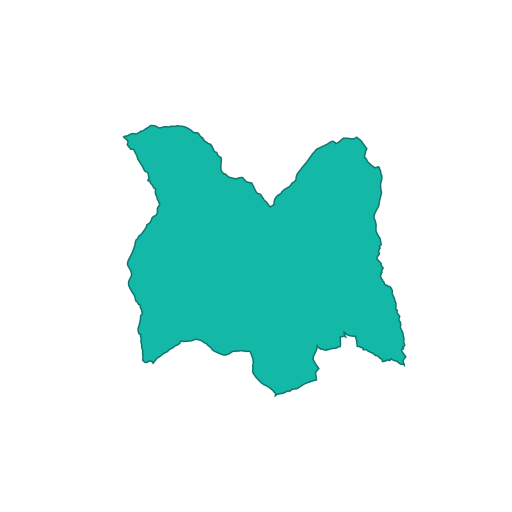 outline of San Pedro De Cartago, Nariño, Colombia, rotated 328°
{"feature_id": "7082276B73573713575428", "entity_name": "San Pedro De Cartago", "entity_type": "district", "adm_level": 2, "iso_a3": "COL", "parent_name": "Colombia", "parent_adm1": "Nariño", "projection": "mercator", "projection_center": [-77.1, 1.539], "detail": "fine", "context": "isolated", "style": "filled", "palette": "teal", "viewbox_px": 512, "rotation_deg": 328, "n_neighbors": 0, "source": "geoboundaries", "source_scale": "gbopen_adm2", "svg_char_len": 6132}
<svg xmlns="http://www.w3.org/2000/svg" viewBox="0 0 512 512"><g transform="rotate(328 256 256)"><path d="M323.9,427.1L324.5,425.7L324.5,424.1L325.2,422.9L326.5,421.9L328.1,421.3L329.3,421.2L329.6,420.6L329.2,415.3L329.2,414.1L329.7,412.7L330.3,412.5L331.8,412.9L332.1,412.7L332.0,411.1L332.2,410.8L333.4,411.1L334.0,411.0L334.6,410.6L335.1,409.9L335.3,407.7L337.4,405.0L340.0,398.4L340.3,393.7L340.9,392.5L342.7,390.6L342.9,389.3L343.4,388.6L343.1,386.5L343.7,385.4L345.9,383.3L345.5,379.1L346.1,377.8L347.0,377.1L346.6,375.1L346.7,374.7L348.7,371.8L349.7,370.0L350.3,366.7L351.0,365.2L351.0,363.8L351.5,360.4L353.4,357.4L353.4,356.7L353.6,354.0L353.2,352.5L351.9,352.0L351.6,351.6L351.6,350.6L350.0,348.0L350.7,346.1L350.2,344.4L350.7,343.5L350.4,342.5L350.6,339.8L350.9,339.0L352.6,337.7L352.8,336.8L353.9,336.7L354.4,336.5L354.6,335.6L355.4,334.3L356.5,334.2L357.4,333.6L357.5,332.9L357.0,331.1L358.2,328.5L357.1,323.1L356.7,322.4L359.2,320.7L361.2,320.0L361.3,319.6L362.1,319.0L362.1,317.6L362.3,317.2L364.3,315.3L365.2,315.3L365.5,314.9L365.7,313.3L367.9,312.8L368.5,312.2L370.5,306.8L370.4,303.0L370.8,299.0L371.5,297.4L374.3,293.3L375.0,291.7L375.8,289.0L376.3,285.9L378.3,283.7L379.9,282.4L386.1,278.9L386.9,278.2L389.8,274.9L395.8,269.1L396.3,268.1L397.2,265.6L399.2,261.8L400.0,260.7L403.6,257.3L405.0,254.9L405.9,251.5L406.8,249.6L406.9,247.4L407.3,246.5L407.3,245.6L406.8,245.0L404.3,244.6L403.5,243.9L402.9,242.6L401.9,240.1L400.7,235.6L400.6,234.0L401.0,231.9L400.5,230.6L400.5,229.6L401.4,228.3L403.3,226.7L404.3,225.4L406.8,223.8L406.2,214.9L405.7,212.1L405.1,211.2L404.4,208.7L401.2,208.5L398.7,207.0L396.7,205.2L392.7,202.4L386.5,203.3L383.8,203.2L383.3,203.0L383.3,202.0L382.3,199.8L381.0,198.9L375.1,198.9L364.0,197.6L357.7,199.5L348.9,203.2L341.4,205.6L339.7,206.5L337.3,207.1L334.5,208.3L332.5,209.7L330.7,212.0L329.4,213.0L327.8,213.3L325.0,213.3L322.5,214.6L321.7,214.8L315.1,214.7L311.8,215.3L310.3,216.3L306.6,216.1L304.0,216.9L301.9,217.9L300.2,219.6L298.3,222.0L295.9,221.9L294.6,222.2L293.8,220.9L293.4,215.2L292.6,213.9L292.5,206.4L292.3,205.8L290.4,203.5L290.0,202.2L291.1,191.9L287.4,188.3L286.9,186.7L286.2,182.5L285.9,182.1L283.9,181.0L280.2,180.0L278.8,179.0L274.9,174.9L274.0,172.6L273.5,170.2L273.0,169.7L272.4,169.5L272.0,168.0L271.7,165.7L272.2,163.8L274.9,159.6L277.5,156.2L278.4,154.4L278.4,153.9L277.0,151.0L277.0,150.0L277.4,148.7L277.4,147.2L276.3,145.9L276.1,144.9L276.7,140.6L276.8,138.1L276.3,136.7L274.9,135.1L274.4,133.3L273.2,131.2L273.4,129.0L273.2,127.2L272.2,125.2L272.3,123.0L272.0,121.0L271.5,120.4L269.6,119.2L268.5,118.1L267.4,114.5L265.2,110.3L263.7,108.4L261.7,106.5L261.0,106.0L260.3,105.8L258.9,104.2L258.2,103.8L256.3,103.3L252.7,100.9L250.5,100.5L247.0,97.8L243.9,97.0L242.0,96.3L241.1,95.2L240.4,93.6L238.6,91.5L236.2,89.7L235.0,89.5L233.6,89.9L230.0,89.7L226.3,90.0L224.5,89.1L223.7,89.3L219.6,89.2L218.8,88.9L216.8,87.1L215.6,86.5L213.5,86.1L209.9,85.9L208.5,84.9L206.8,84.9L208.2,89.7L208.2,90.6L207.7,91.7L205.9,93.3L205.8,94.6L206.5,99.2L208.2,100.3L208.7,101.4L208.2,105.6L208.2,107.5L207.1,111.3L207.2,119.4L206.7,124.2L206.9,125.7L208.1,127.2L208.4,128.6L208.3,129.3L207.3,130.9L206.4,133.3L205.8,133.8L204.8,134.1L204.4,134.5L204.4,135.3L205.8,136.1L205.7,136.8L205.1,137.8L205.6,140.9L205.4,144.6L206.1,145.2L206.4,146.2L205.0,147.6L203.7,150.0L203.2,153.9L202.4,155.6L202.4,157.7L201.9,159.3L201.9,161.1L199.9,162.3L198.6,162.7L197.2,163.9L195.6,166.7L193.7,168.1L192.4,168.6L190.2,168.1L187.9,168.7L185.6,170.5L183.8,171.5L182.4,171.7L180.0,171.7L179.6,172.0L179.2,172.8L175.3,174.8L170.2,176.8L167.0,177.1L164.5,178.8L163.1,178.8L162.6,179.0L160.9,180.4L159.7,182.0L157.0,184.4L152.4,187.9L145.9,191.7L143.9,193.3L143.1,194.2L142.3,195.7L142.0,201.7L141.2,205.0L140.1,206.5L139.0,207.4L135.9,209.1L134.2,210.5L132.9,212.5L132.3,214.1L131.8,219.4L131.9,225.5L130.5,229.6L130.3,230.8L130.9,232.0L130.7,234.6L130.9,235.1L131.6,235.5L131.8,236.1L130.7,238.2L130.5,240.6L129.8,242.3L129.5,243.9L128.7,245.0L127.4,245.1L126.3,245.8L124.3,248.6L120.5,252.6L117.8,254.7L117.0,255.9L116.1,257.6L115.6,259.7L115.7,260.4L116.5,261.3L116.4,261.7L115.3,263.3L115.2,264.4L114.9,265.1L113.4,267.0L111.6,271.4L110.6,273.0L109.6,276.8L108.4,278.1L106.1,282.8L104.7,284.0L105.2,286.8L106.2,288.1L107.1,288.4L109.3,288.5L111.0,289.1L111.8,290.3L111.9,292.4L118.7,290.0L119.4,290.3L121.8,290.2L125.7,289.7L130.1,290.1L134.0,289.4L136.3,289.8L139.7,289.4L142.3,289.8L144.0,289.8L145.7,289.4L147.4,288.3L149.5,290.3L155.3,293.2L156.9,293.9L159.9,294.4L160.9,294.9L161.9,295.5L164.3,298.1L165.2,299.7L166.3,302.2L167.6,304.2L167.9,306.4L169.0,309.3L169.2,310.3L169.2,311.9L169.9,314.0L173.3,319.3L175.9,322.6L177.5,323.8L180.8,324.6L186.2,324.6L187.9,325.9L190.2,326.8L191.1,327.6L193.0,328.2L195.8,330.5L196.6,331.4L199.6,333.1L200.4,334.0L199.1,340.7L198.5,342.6L197.5,344.0L197.1,345.5L195.1,347.1L194.4,348.7L192.2,352.0L191.6,353.2L191.5,354.7L191.8,359.2L193.3,366.4L194.7,369.6L195.9,371.2L197.4,374.1L199.1,379.0L199.2,380.7L199.7,381.9L199.7,382.6L199.0,384.1L198.4,384.7L200.7,384.5L206.9,386.9L211.0,387.2L213.3,388.6L214.6,388.5L215.8,388.1L220.7,390.3L228.7,390.1L230.5,390.3L237.3,391.8L241.7,393.1L244.5,386.8L245.1,386.2L249.7,384.7L249.3,379.2L249.7,373.6L251.4,371.6L256.9,368.2L258.4,366.9L260.3,364.7L260.2,366.6L261.2,368.0L261.3,369.1L262.6,369.7L263.7,371.4L265.8,373.3L266.2,373.4L266.7,373.0L267.1,373.0L268.2,374.0L270.7,374.4L274.8,376.5L275.9,376.7L277.2,376.6L279.4,377.4L280.8,375.8L284.6,369.3L287.7,370.5L288.6,371.1L289.1,372.0L289.4,369.1L290.4,367.2L290.6,367.6L291.1,370.2L292.0,371.7L293.9,373.9L297.8,376.9L295.9,382.4L294.0,386.2L295.8,387.8L296.4,389.0L297.9,390.5L297.9,391.1L297.3,391.7L297.3,392.4L300.0,393.9L300.6,396.0L303.5,400.5L304.2,401.9L304.2,402.8L304.4,403.4L306.1,405.0L306.4,405.7L306.9,408.4L308.1,410.2L308.0,411.0L307.4,411.8L307.5,412.7L310.2,413.7L310.8,413.3L311.6,413.9L313.0,414.0L313.3,414.3L313.4,415.1L314.1,415.5L315.0,415.3L315.5,414.7L316.2,414.8L316.8,416.4L317.9,418.0L320.1,420.3L320.1,421.5L321.1,423.8L321.7,424.6L323.7,426.2L323.9,427.1Z" fill="#14b8a6" stroke="#0f766e" stroke-width="1.5"/></g></svg>